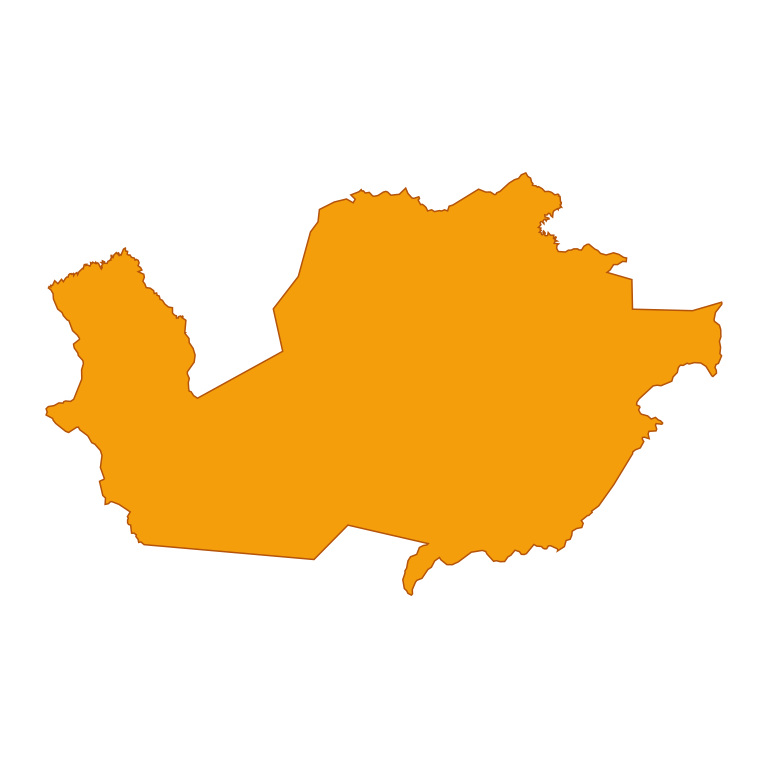 Sefwi Akontombra, Western, Ghana
{"feature_id": "2480657B96818528094138", "entity_name": "Sefwi Akontombra", "entity_type": "district", "adm_level": 2, "iso_a3": "GHA", "parent_name": "Ghana", "parent_adm1": "Western", "projection": "mercator", "projection_center": [-2.718, 6.094], "detail": "fine", "context": "isolated", "style": "filled", "palette": "amber", "viewbox_px": 768, "rotation_deg": 0, "n_neighbors": 0, "source": "geoboundaries", "source_scale": "gbopen_adm2", "svg_char_len": 6039}
<svg xmlns="http://www.w3.org/2000/svg" viewBox="0 0 768 768"><path d="M570.1,539.3L571.7,535.6L572.2,531.2L576.7,528.5L581.8,527.5L583.2,523.3L581.3,520.6L587.4,515.6L588.8,515.4L592.2,512.3L591.6,511.1L598.7,505.9L613.8,484.6L632.6,453.7L632.7,452.0L635.4,449.8L640.3,447.9L643.8,441.6L642.3,439.1L642.5,437.5L644.4,437.2L649.2,438.7L648.1,433.9L649.0,431.3L656.0,430.9L656.7,429.1L655.4,425.1L656.2,423.6L661.6,424.2L662.5,423.7L662.6,422.9L660.5,420.8L658.2,419.9L655.5,417.4L651.2,419.0L647.7,415.9L641.4,414.2L640.2,413.0L638.6,409.9L639.9,407.4L639.6,406.3L636.6,404.9L636.8,402.4L639.1,398.9L653.1,385.9L657.1,385.2L661.0,385.7L671.8,381.2L673.1,376.9L677.3,372.5L678.3,367.7L680.3,365.2L683.2,365.4L687.1,363.2L689.1,364.0L694.3,362.6L700.8,363.0L706.0,366.4L711.8,375.8L712.9,376.5L716.5,373.2L716.3,370.3L715.0,367.6L716.0,364.5L718.4,363.4L721.6,355.8L719.9,353.7L720.6,347.3L719.4,341.3L720.9,336.8L720.7,329.4L719.4,325.2L714.5,321.4L714.0,319.9L715.5,312.4L721.7,304.4L721.9,303.0L721.6,302.2L692.5,310.7L632.5,309.2L631.9,279.6L607.0,272.4L610.2,269.9L613.6,264.6L617.5,264.6L622.7,261.4L626.2,261.7L626.6,258.0L623.6,257.4L618.9,254.4L613.6,252.8L606.1,255.0L600.5,253.4L597.8,250.5L594.7,249.0L588.9,244.2L587.0,244.4L583.9,246.3L581.5,250.1L578.7,249.8L577.8,248.9L573.7,248.9L571.2,250.1L568.3,250.2L565.5,252.0L558.3,251.5L556.6,248.2L557.0,245.3L558.6,243.9L554.2,243.3L554.9,241.3L557.1,241.0L554.9,239.8L556.2,237.2L555.5,236.9L554.3,238.8L553.5,238.5L553.8,235.2L550.5,235.2L548.2,232.5L547.6,235.5L545.6,235.8L544.7,235.1L545.2,233.0L543.6,231.0L543.1,231.8L543.8,233.7L542.6,234.7L541.6,234.6L541.6,233.0L539.3,232.3L541.2,230.4L540.2,229.8L540.9,228.1L538.4,227.5L540.9,224.8L540.1,223.0L540.7,221.8L541.9,221.5L543.9,223.7L543.9,222.8L542.5,221.8L544.3,219.4L545.2,219.3L546.2,221.0L547.0,219.5L549.1,218.9L548.9,218.2L545.0,216.9L544.7,214.9L547.0,215.0L548.5,213.3L549.9,213.5L550.9,215.7L552.6,217.1L553.0,212.6L553.9,210.8L557.4,208.7L558.2,209.6L558.3,208.6L560.0,207.9L560.3,206.9L561.5,207.2L560.1,204.8L561.2,204.0L561.3,202.4L560.6,202.2L560.0,196.4L558.5,195.9L558.9,195.0L557.9,194.1L554.9,194.9L551.5,192.3L548.6,191.4L544.9,191.6L542.2,188.7L538.5,186.6L537.4,187.1L536.1,185.9L532.4,185.3L532.9,183.5L531.6,182.1L530.6,178.1L527.9,176.5L525.8,172.9L521.3,174.8L518.6,178.4L514.5,179.7L509.1,183.1L500.1,191.3L496.6,192.9L496.0,194.2L494.6,194.7L490.4,192.0L485.8,192.1L478.6,189.2L452.9,205.0L449.1,206.2L447.6,210.9L444.4,209.8L441.8,211.0L439.4,210.6L434.4,211.6L431.7,209.8L427.6,210.9L426.0,207.4L423.6,205.2L422.1,204.3L420.6,204.6L418.1,200.0L419.5,198.5L418.8,196.8L413.8,198.4L411.9,197.9L407.9,193.4L405.7,188.1L399.3,194.3L390.9,195.2L387.7,192.1L385.8,191.4L383.3,192.1L378.0,195.5L374.0,196.3L372.5,195.8L369.3,192.4L365.2,193.0L363.5,190.9L362.1,191.1L361.2,189.6L359.1,191.7L350.8,194.9L355.2,199.2L353.2,202.8L346.5,199.0L334.3,202.0L319.4,209.5L318.0,221.9L310.5,231.9L298.3,276.5L273.3,308.9L282.7,351.3L197.5,398.2L193.7,395.7L191.0,391.7L189.2,391.1L188.7,388.9L188.3,382.6L189.3,378.4L187.4,374.1L187.3,371.9L194.2,362.1L195.1,355.1L193.1,348.4L189.2,342.6L189.0,338.5L184.9,333.3L185.5,332.7L184.8,332.5L185.9,320.3L182.3,317.8L183.0,316.8L182.6,316.1L181.4,316.8L180.5,316.0L178.6,316.7L178.3,317.9L176.5,318.1L176.4,315.8L174.5,315.2L172.5,313.0L172.5,307.7L168.4,307.0L164.8,304.0L162.4,300.3L160.1,299.3L159.2,296.0L157.1,295.3L156.6,293.0L154.3,293.5L153.6,290.6L150.3,288.2L146.2,287.6L144.9,284.0L142.9,281.3L144.3,277.3L143.8,274.3L138.2,271.7L141.9,270.0L140.5,267.5L138.0,265.7L139.1,262.9L138.2,260.4L136.2,259.4L135.1,260.1L134.2,258.0L131.5,257.4L129.9,254.9L128.6,255.2L127.2,254.2L127.6,251.4L125.9,251.1L125.0,248.6L125.9,247.7L123.5,249.1L121.0,255.2L120.2,254.6L119.1,255.6L117.8,254.0L118.9,253.6L118.5,252.8L117.0,253.4L116.3,252.6L113.9,255.0L113.0,257.7L111.9,256.8L111.9,255.4L111.1,255.4L111.3,258.0L110.3,259.6L110.9,260.0L108.0,261.3L107.1,263.4L104.3,263.2L104.5,261.8L102.5,260.9L102.7,262.3L101.2,262.5L102.9,263.9L101.5,265.9L102.2,267.6L101.3,269.0L98.4,263.4L97.6,262.9L96.8,263.5L95.8,262.2L95.4,263.4L92.6,262.2L92.2,263.2L90.6,262.6L90.9,264.3L89.8,266.1L87.7,265.1L86.0,265.4L86.5,264.3L84.3,264.6L83.2,268.7L82.5,268.4L78.9,271.9L77.6,274.8L76.9,272.6L74.7,273.9L73.7,275.7L73.3,273.5L71.8,274.4L71.2,273.6L69.9,273.8L68.6,274.9L68.2,277.0L66.9,277.0L65.5,278.3L63.4,281.7L61.5,279.3L57.9,283.7L54.7,280.7L52.5,285.4L50.7,285.3L50.9,286.9L49.1,286.5L48.4,288.0L50.9,289.9L53.1,293.7L53.4,298.9L57.7,309.1L62.0,312.5L63.4,315.7L67.1,319.9L68.9,320.7L72.6,330.7L77.4,335.2L79.5,338.4L79.4,339.4L73.5,344.1L74.2,347.9L77.8,353.0L78.3,355.5L82.9,360.6L83.4,363.7L81.6,369.8L81.8,379.0L73.7,399.3L70.5,401.4L65.6,401.0L63.9,401.6L63.0,403.1L58.9,402.9L54.1,405.6L48.3,406.6L46.1,408.8L47.2,412.0L46.1,415.0L52.7,418.5L53.2,420.3L55.8,423.5L65.6,431.3L68.6,432.5L76.6,427.3L78.5,427.2L79.7,429.7L87.8,435.8L91.7,442.6L94.9,444.2L100.4,450.5L102.0,455.6L100.4,467.5L104.3,478.4L103.9,479.3L99.5,481.3L102.8,495.5L105.5,498.0L105.1,504.4L108.4,503.7L110.4,501.8L111.8,501.6L119.0,504.4L130.2,511.9L127.4,516.7L128.4,518.3L127.6,519.8L127.6,522.9L128.6,524.5L130.6,525.0L131.6,533.2L134.0,533.1L136.3,534.8L135.9,536.5L138.1,539.4L138.7,542.4L140.9,541.9L144.1,544.6L147.0,544.9L314.0,559.5L347.9,525.1L428.2,543.6L426.9,544.9L423.4,545.5L419.4,547.5L416.7,554.4L410.5,556.8L408.0,560.8L406.6,568.3L405.0,570.8L405.0,573.2L402.8,579.7L404.3,588.5L406.7,590.8L408.0,593.4L411.4,595.1L412.5,593.9L412.3,589.6L415.5,582.1L416.9,580.3L422.0,578.3L427.9,569.5L431.4,567.2L434.7,560.9L439.5,557.5L440.7,559.6L446.8,564.6L452.2,564.7L458.3,561.9L471.3,552.2L482.3,550.4L485.7,551.5L486.9,553.9L493.6,561.3L496.3,560.7L500.3,561.7L504.7,561.5L507.9,556.9L510.9,555.2L515.0,550.2L519.5,551.7L521.3,554.3L524.2,554.5L526.4,553.6L533.9,544.5L536.7,546.1L541.4,546.5L543.3,548.4L544.9,548.9L546.7,548.7L548.4,545.9L550.8,545.8L557.1,548.7L557.9,549.8L557.5,551.0L564.4,546.6L566.1,540.5L570.1,539.3Z" fill="#f59e0b" stroke="#b45309" stroke-width="1.5"/></svg>